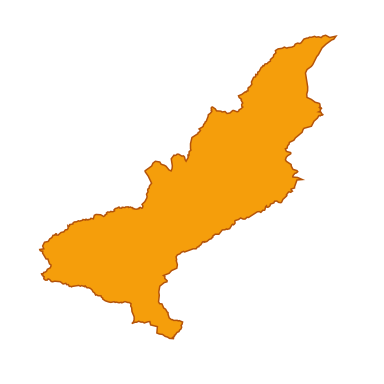 Ramoetsana, Mafeteng, Lesotho (Robinson projection), rotated 265°
{"feature_id": "5366337B15591495914188", "entity_name": "Ramoetsana", "entity_type": "district", "adm_level": 2, "iso_a3": "LSO", "parent_name": "Lesotho", "parent_adm1": "Mafeteng", "projection": "robinson", "projection_center": [27.537, -29.836], "detail": "fine", "context": "isolated", "style": "filled", "palette": "amber", "viewbox_px": 384, "rotation_deg": 265, "n_neighbors": 0, "source": "geoboundaries", "source_scale": "gbopen_adm2", "svg_char_len": 5996}
<svg xmlns="http://www.w3.org/2000/svg" viewBox="0 0 384 384"><g transform="rotate(265 192 192)"><path d="M334.7,349.0L333.9,342.7L336.5,338.8L335.9,335.8L334.6,334.2L335.6,331.4L335.4,329.4L336.4,327.7L335.7,324.4L336.0,322.6L335.2,320.9L335.3,319.8L334.6,316.8L331.2,313.8L330.5,312.4L331.1,310.2L330.6,308.5L330.2,307.6L328.5,306.6L327.6,304.1L327.5,300.3L327.0,299.1L328.3,296.6L327.3,294.4L327.1,290.3L325.6,287.4L323.3,287.7L321.4,285.3L319.6,284.9L317.2,281.7L315.5,281.5L314.5,279.2L313.3,278.2L313.2,275.9L311.4,274.6L311.7,273.7L310.6,273.1L310.1,271.8L306.3,269.5L305.7,268.0L303.2,267.5L303.6,265.7L301.2,265.4L300.9,263.4L296.4,260.8L294.1,261.0L291.5,258.5L291.3,257.5L290.6,256.9L287.9,256.6L287.7,255.1L286.8,254.5L287.1,253.7L284.9,250.2L283.8,246.7L282.0,247.2L280.1,249.3L279.3,248.9L276.2,250.3L274.9,249.1L273.0,249.1L272.2,250.0L270.4,247.7L269.9,246.2L268.8,245.7L268.0,244.6L268.1,243.6L269.6,240.6L269.6,239.6L267.4,236.7L267.2,233.7L269.3,231.9L269.1,228.9L270.0,227.9L270.7,223.5L272.7,222.5L274.9,219.8L274.7,218.9L273.9,218.4L272.1,218.9L271.8,218.2L270.4,218.7L268.6,216.8L267.6,215.0L265.8,214.6L261.1,212.3L260.5,211.1L259.5,210.9L258.3,209.5L256.7,209.0L255.9,208.2L254.2,204.5L252.6,205.8L252.0,205.3L251.0,204.3L250.7,203.3L249.6,203.0L246.3,196.7L240.2,194.7L235.1,194.3L233.8,194.6L232.5,192.7L228.8,192.1L229.1,191.2L226.7,191.2L223.2,188.8L224.6,188.0L227.5,187.6L228.7,186.7L228.7,184.9L230.8,182.1L231.0,180.5L230.0,179.1L229.9,177.9L230.3,177.3L226.9,174.2L219.8,174.7L217.0,174.2L214.8,173.0L216.0,171.0L219.9,168.4L221.1,166.7L222.3,163.7L224.7,162.5L225.8,158.2L224.1,155.6L221.4,154.1L217.2,147.1L216.3,147.1L211.6,149.8L204.3,152.5L201.6,150.1L199.4,149.5L199.0,148.5L197.9,148.0L196.0,148.2L193.8,146.5L191.5,146.9L190.0,146.5L186.5,144.2L184.0,141.1L182.3,141.9L180.5,141.3L180.2,140.5L181.2,139.1L181.0,138.4L180.2,138.0L180.4,137.3L180.0,137.2L179.7,135.5L180.0,133.5L180.8,132.4L180.5,131.9L181.7,131.2L181.7,130.4L182.4,129.4L182.1,127.5L182.7,127.3L182.9,124.7L182.3,123.8L182.9,121.1L182.0,120.5L182.4,118.4L183.3,118.1L183.3,117.5L182.6,116.4L182.2,114.1L181.0,112.8L180.0,113.2L179.4,111.9L179.3,110.5L179.8,109.5L179.1,108.2L179.4,106.2L178.6,105.0L177.6,105.2L176.8,103.4L176.2,103.4L175.3,101.9L177.3,99.0L178.0,94.5L177.3,92.7L173.9,91.4L174.6,88.9L173.6,88.0L173.6,86.5L173.2,85.9L174.0,84.5L174.0,83.7L173.3,83.6L174.1,81.0L173.4,80.5L172.8,77.4L173.2,76.3L172.4,74.5L172.4,72.1L171.4,70.7L170.5,70.5L170.2,67.2L169.1,67.1L168.5,66.4L169.3,65.4L166.7,65.5L165.4,64.4L165.3,62.5L163.5,60.9L163.1,58.0L160.7,54.8L161.0,53.0L162.1,53.3L162.3,52.8L160.9,51.0L161.0,49.8L158.8,48.4L157.7,46.2L155.3,44.5L154.8,40.7L151.2,38.5L148.3,39.4L148.0,35.3L146.9,35.6L146.2,36.7L146.0,38.1L144.3,37.8L138.0,40.8L137.8,42.6L132.8,43.8L131.8,45.1L130.5,45.1L128.8,44.1L127.6,41.2L125.8,40.2L125.0,38.9L124.8,37.3L123.8,36.9L123.6,35.0L122.5,35.3L121.9,36.3L120.8,36.4L120.5,37.3L118.5,36.8L117.7,37.4L116.9,38.5L116.9,40.2L118.0,41.1L117.2,42.6L115.1,44.0L114.7,45.3L115.1,47.5L114.1,53.0L111.6,55.6L112.0,58.4L110.6,59.1L110.5,60.8L108.7,61.5L108.5,63.2L108.0,63.7L108.4,64.7L108.8,71.0L107.9,72.6L108.4,73.8L107.4,76.2L107.7,77.2L107.0,77.1L106.9,78.2L105.7,79.1L105.7,80.5L104.8,82.4L103.0,84.0L101.2,84.7L100.0,86.1L97.7,87.0L98.0,87.8L96.9,89.3L96.5,92.3L95.1,92.6L94.1,93.8L93.1,93.8L91.2,96.1L89.8,99.2L89.1,101.5L89.5,104.9L88.7,105.8L89.0,106.7L88.0,109.7L88.3,111.9L87.7,112.4L88.7,115.7L87.4,118.7L87.5,119.7L86.1,121.5L83.8,121.0L82.0,121.8L78.1,121.8L72.7,123.5L69.6,123.2L67.4,122.1L66.2,120.6L67.2,123.8L67.1,125.5L67.9,127.6L66.8,129.9L66.8,131.4L65.7,133.1L66.6,136.9L66.6,138.7L63.2,139.2L60.9,145.8L54.6,144.7L53.4,147.0L52.7,150.2L50.5,152.7L49.6,155.0L48.1,156.9L47.5,160.7L48.6,161.0L48.8,160.2L50.0,162.0L50.8,162.0L51.1,162.9L53.4,164.8L54.1,166.8L55.6,167.7L56.4,169.0L58.1,169.9L60.1,169.6L61.2,170.6L63.3,171.3L65.0,168.1L64.8,167.0L65.4,166.2L65.7,162.4L66.6,161.4L66.7,160.3L68.6,158.3L72.3,157.5L74.0,157.6L74.6,156.8L77.5,155.5L78.9,153.7L83.1,152.3L83.6,150.0L85.5,149.1L92.0,150.4L95.2,150.2L101.0,151.7L104.2,156.5L104.7,159.2L105.8,159.5L108.3,157.3L110.2,157.6L111.3,156.3L113.0,162.1L115.5,164.8L117.4,170.2L120.8,171.1L125.1,170.3L125.7,170.8L128.8,170.5L130.7,172.0L131.5,174.6L132.9,176.2L133.6,178.4L132.9,179.4L135.3,188.2L135.1,191.2L136.7,192.5L136.9,194.1L137.6,194.3L138.7,196.2L141.4,198.2L141.5,200.1L140.9,199.9L141.4,202.5L143.2,205.0L143.9,207.5L145.0,208.0L145.2,208.8L146.4,209.0L147.9,211.4L147.6,215.1L151.6,218.9L151.5,221.5L152.2,223.1L151.7,223.7L152.2,226.3L156.0,229.1L156.3,229.7L155.7,230.4L156.3,231.4L157.3,232.2L159.3,232.1L159.8,232.5L160.5,235.9L161.9,238.2L160.6,240.5L160.4,242.5L162.0,244.6L161.7,246.1L166.6,255.4L166.6,257.4L165.7,258.8L167.6,260.9L167.5,262.5L167.8,263.0L171.0,264.1L171.7,265.0L170.5,265.1L170.2,265.8L170.4,267.0L171.5,268.5L173.1,269.1L174.0,272.6L175.6,273.4L175.6,275.7L174.1,277.4L173.6,279.6L174.1,280.4L176.7,281.9L179.7,285.8L180.4,286.2L180.9,285.8L183.5,288.1L183.7,288.7L183.1,290.3L184.1,292.1L185.5,290.9L186.3,291.0L187.1,294.5L188.2,294.6L194.8,297.6L194.8,302.9L197.3,298.4L198.1,293.8L198.7,293.7L199.8,294.3L201.6,296.1L201.9,297.6L203.0,299.1L204.2,298.4L205.8,294.5L209.0,293.2L210.8,293.1L214.3,288.7L215.9,287.9L218.4,288.9L219.9,290.6L221.4,293.6L222.2,293.9L222.8,293.5L224.0,290.1L224.8,289.3L227.0,288.8L227.3,290.5L229.9,291.3L231.1,292.8L232.9,293.3L234.7,298.0L236.9,299.7L241.9,306.9L244.6,308.1L245.7,309.2L247.1,316.7L251.9,319.7L254.7,323.4L256.8,324.9L257.1,325.4L256.7,326.4L257.1,326.7L257.3,328.8L257.8,329.1L258.7,327.9L260.2,327.5L260.8,325.3L261.3,326.8L263.0,327.1L264.0,328.3L264.5,328.1L264.6,326.6L265.2,326.2L265.8,327.1L268.6,327.0L269.3,326.3L270.7,322.5L273.8,319.0L276.2,314.8L279.5,314.8L282.7,316.0L286.6,316.4L300.7,315.4L304.0,317.3L306.7,321.8L308.4,323.4L316.1,328.1L317.7,329.8L324.2,334.1L327.7,338.5L331.3,344.4L331.8,346.5L334.7,349.0Z" fill="#f59e0b" stroke="#b45309" stroke-width="1.5"/></g></svg>